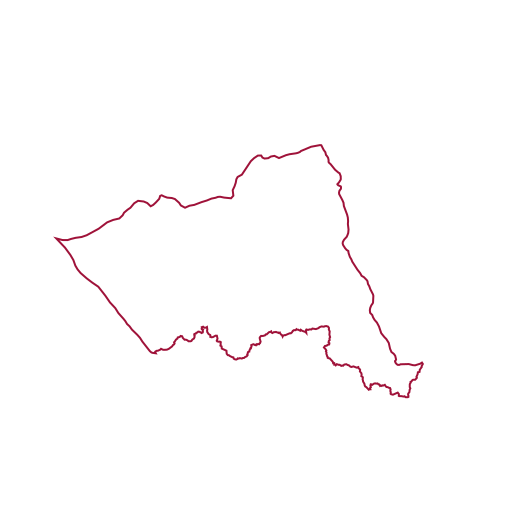 outline of Sing, Louang Namtha, Laos, rotated 110°
{"feature_id": "54806243B57426312908571", "entity_name": "Sing", "entity_type": "district", "adm_level": 2, "iso_a3": "LAO", "parent_name": "Laos", "parent_adm1": "Louang Namtha", "projection": "robinson", "projection_center": [101.175, 21.271], "detail": "fine", "context": "isolated", "style": "outline", "palette": "rose", "viewbox_px": 512, "rotation_deg": 110, "n_neighbors": 0, "source": "geoboundaries", "source_scale": "gbopen_adm2", "svg_char_len": 6089}
<svg xmlns="http://www.w3.org/2000/svg" viewBox="0 0 512 512"><g transform="rotate(110 256 256)"><path d="M307.8,449.7L313.5,438.3L318.5,430.8L322.3,426.2L326.8,422.5L329.6,419.1L332.0,415.0L334.9,407.5L337.0,400.8L338.8,393.7L344.9,383.9L349.6,377.3L353.1,370.4L356.7,365.8L360.3,359.1L361.9,356.5L364.0,353.9L365.3,350.8L367.6,347.4L370.7,340.5L372.6,337.0L375.3,333.5L381.7,323.2L382.4,321.3L382.4,320.2L381.7,316.9L380.7,318.0L380.4,318.0L379.1,317.0L378.5,315.7L376.7,313.9L375.7,313.5L375.9,311.3L375.5,310.0L374.5,307.7L373.1,306.2L369.6,303.9L368.2,303.6L367.1,302.8L366.1,302.6L365.1,303.5L364.4,303.1L361.9,302.6L360.5,301.6L359.3,301.7L358.2,300.0L356.9,299.5L356.7,297.9L357.9,296.9L359.1,294.5L358.6,293.3L358.7,291.5L359.2,290.3L358.5,288.3L357.9,287.6L356.4,287.3L354.8,286.1L353.4,286.0L352.6,286.3L351.9,286.3L351.3,287.1L350.3,287.2L349.5,286.0L348.5,285.8L348.1,285.1L346.8,284.4L346.5,282.9L346.8,282.1L346.6,281.6L347.0,280.8L346.1,279.9L345.3,280.0L343.9,280.7L343.4,280.6L343.3,281.9L343.0,282.2L341.9,282.2L341.4,282.6L340.5,281.5L341.1,280.1L340.4,278.5L339.5,277.8L341.7,276.6L342.7,276.5L344.1,275.8L345.6,273.8L345.9,272.0L346.8,271.4L347.6,271.3L347.6,270.0L346.9,268.7L344.7,266.8L344.3,265.5L346.8,263.9L349.1,263.9L349.5,263.3L349.3,261.7L348.8,260.7L349.0,259.6L350.5,259.3L351.2,258.9L352.4,258.8L352.7,257.4L354.7,256.5L355.1,251.4L357.9,250.1L358.8,248.6L358.5,247.5L358.9,246.5L359.2,243.8L359.0,242.6L360.1,241.8L360.3,240.6L360.1,239.2L359.2,238.3L358.4,238.1L358.3,237.1L357.5,236.3L357.2,234.2L356.5,233.7L355.8,232.3L354.5,231.6L353.6,230.5L352.1,230.0L351.5,230.6L350.8,230.3L350.1,230.6L348.9,230.6L348.1,229.6L347.6,229.8L345.5,229.8L344.7,229.2L344.0,229.6L343.7,229.3L342.5,229.3L341.4,230.0L340.2,228.8L339.7,228.0L340.0,227.1L339.9,225.5L338.8,225.4L338.9,224.7L338.2,224.3L337.8,222.9L337.3,223.0L336.5,222.4L334.9,222.4L332.4,224.2L331.4,224.6L330.9,224.5L329.4,223.9L328.8,222.2L327.5,220.4L326.3,220.0L326.0,219.2L323.1,217.7L322.4,216.6L321.7,216.0L322.5,215.5L322.8,214.3L321.3,213.0L321.1,212.1L320.5,211.3L320.6,209.8L320.3,208.9L320.6,208.5L319.8,207.4L320.4,207.0L321.4,205.2L321.4,204.6L322.5,203.5L322.1,203.5L320.7,202.4L320.4,201.4L318.0,198.9L316.9,197.6L316.8,196.9L315.5,196.1L313.7,195.8L313.5,195.4L312.7,195.0L312.2,193.5L311.0,193.0L311.3,192.5L310.8,191.4L311.1,188.9L310.0,188.7L310.5,187.1L310.5,183.4L311.0,182.5L308.7,183.7L307.8,183.5L307.7,181.9L306.5,180.3L306.1,178.8L304.9,178.2L304.2,174.7L302.3,172.5L301.3,172.1L299.8,170.4L299.2,168.0L298.6,167.5L297.8,166.0L297.7,164.1L298.7,162.8L300.2,162.4L301.6,161.0L304.9,160.1L306.9,158.6L308.2,158.8L309.9,158.0L310.8,158.5L312.3,158.3L312.8,157.2L314.1,157.0L315.0,158.4L315.6,158.5L316.5,159.5L316.9,160.4L318.7,160.9L319.8,158.7L320.7,157.6L321.7,157.7L322.5,156.8L323.8,156.5L325.0,155.4L325.6,155.2L326.2,154.2L327.1,153.9L327.3,153.3L327.0,151.7L329.1,147.7L330.4,146.8L329.9,145.8L330.5,145.4L331.3,145.3L331.1,144.5L331.5,143.7L330.0,143.1L330.0,141.1L329.6,140.2L330.1,138.3L329.4,137.6L329.4,136.7L327.8,135.9L326.8,134.1L327.1,132.5L326.9,131.5L327.6,129.8L327.7,128.5L326.4,126.6L326.5,123.3L325.4,121.9L326.4,121.3L326.7,120.1L327.4,119.2L328.9,118.9L330.1,116.9L331.3,116.2L332.9,115.9L333.3,114.3L333.9,113.9L335.3,113.7L336.4,112.9L337.4,112.4L338.9,110.5L340.4,109.6L341.2,108.8L341.5,107.4L343.1,104.3L342.4,103.8L342.1,103.0L341.3,103.7L340.7,103.6L340.1,103.2L338.6,104.2L337.3,104.3L337.1,103.5L337.4,102.8L335.5,101.4L334.9,100.4L334.9,99.6L334.2,98.2L334.8,96.9L334.5,96.5L334.7,95.7L335.7,94.9L335.0,94.1L335.1,93.4L334.3,92.9L334.2,92.1L333.0,90.9L334.0,89.6L334.5,88.6L334.2,87.4L334.4,86.0L334.2,84.9L335.3,83.9L336.0,83.9L337.4,83.3L337.8,82.8L339.4,82.4L339.7,81.8L339.5,79.9L335.9,76.1L336.9,74.5L338.6,74.0L338.7,73.6L338.0,71.6L337.6,69.2L337.0,68.4L337.5,67.3L337.4,66.7L336.8,65.1L336.3,64.6L335.1,65.0L334.4,65.6L333.2,65.9L331.5,65.3L329.0,65.9L327.6,65.7L326.6,66.7L324.0,67.6L323.0,67.6L322.1,67.3L321.4,67.7L320.6,67.0L319.2,66.6L318.6,66.1L317.8,64.1L315.6,63.2L315.2,63.3L314.7,63.9L311.9,63.7L309.9,64.1L309.0,62.7L306.8,63.2L303.6,62.3L302.9,62.7L300.4,62.3L299.4,63.6L301.0,64.8L304.3,69.1L304.9,71.2L305.3,75.5L308.3,83.1L309.3,84.1L309.8,85.4L309.6,86.6L308.8,88.1L307.7,89.2L307.1,89.4L306.7,89.1L305.3,89.0L302.1,91.1L300.8,93.1L299.9,95.9L297.3,98.3L292.3,101.5L289.5,105.1L288.2,107.8L285.7,111.9L280.2,116.3L277.2,119.6L275.5,122.7L273.6,125.0L271.7,126.6L270.4,129.3L268.0,130.5L265.8,130.9L263.1,130.8L260.4,130.1L259.4,130.2L253.3,132.1L252.1,132.9L248.1,137.2L245.6,139.3L244.0,141.2L241.6,142.6L240.8,143.6L239.0,147.3L238.5,150.0L236.6,152.1L234.1,156.1L228.4,163.6L226.6,165.2L224.7,167.5L221.6,170.0L219.7,171.0L219.3,172.9L218.2,174.9L216.0,177.8L214.7,178.8L213.2,179.2L211.7,179.0L210.5,178.8L206.9,177.3L205.0,177.2L202.9,177.2L199.5,178.1L194.5,180.6L191.7,181.4L188.4,182.9L185.9,184.6L179.0,190.5L176.0,192.0L173.9,194.0L169.3,199.1L167.9,199.7L166.1,199.9L163.8,199.2L162.1,199.7L161.6,200.2L161.4,203.0L161.0,203.8L160.7,204.1L158.5,203.2L155.6,202.6L154.8,202.6L152.0,203.7L149.6,205.8L149.5,206.9L147.9,211.2L144.2,217.3L143.5,219.1L142.8,220.0L141.0,220.6L139.0,221.9L137.6,223.8L137.1,224.8L134.8,226.3L133.1,228.8L129.6,232.5L129.9,233.8L134.5,241.6L142.0,249.7L143.2,250.3L144.7,251.9L145.8,253.5L148.9,259.3L151.0,262.3L156.1,267.9L155.6,272.9L157.4,276.0L159.9,278.0L161.5,281.3L161.3,283.6L159.8,285.5L161.0,288.6L164.7,291.3L168.7,293.3L184.4,297.1L188.0,300.3L190.6,300.7L194.1,300.1L197.8,300.0L202.1,300.4L207.1,297.9L210.3,299.2L212.0,305.9L212.6,310.0L213.5,312.0L215.1,313.9L217.3,317.5L220.6,321.1L224.0,325.6L229.1,331.5L231.5,335.7L234.9,339.2L234.2,343.9L232.3,346.4L230.2,351.7L230.3,354.9L231.5,359.4L231.5,362.7L231.2,365.4L232.3,366.6L235.4,366.5L240.1,368.5L243.2,370.1L245.3,372.0L243.4,376.3L243.2,380.2L244.5,385.7L248.1,388.5L253.6,390.5L256.4,392.5L260.4,394.8L263.3,395.2L267.5,397.3L270.9,402.5L275.3,407.4L284.1,413.1L294.4,422.2L297.8,426.4L300.6,431.7L303.2,435.6L305.5,438.5L307.2,443.4L307.8,449.7Z" fill="none" stroke="#9f1239" stroke-width="2"/></g></svg>